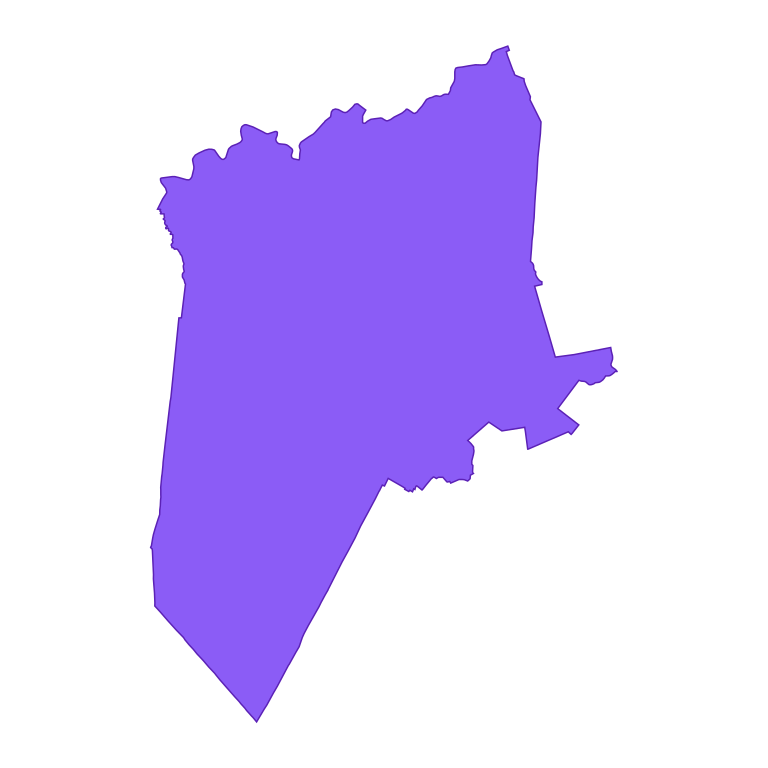 Nga Nam, Sóc Trăng, Vietnam (orthographic projection)
{"feature_id": "81297802B9638596310151", "entity_name": "Nga Nam", "entity_type": "district", "adm_level": 2, "iso_a3": "VNM", "parent_name": "Vietnam", "parent_adm1": "Sóc Trăng", "projection": "orthographic", "projection_center": [105.605, 9.526], "detail": "fine", "context": "isolated", "style": "filled", "palette": "violet", "viewbox_px": 768, "rotation_deg": 0, "n_neighbors": 0, "source": "geoboundaries", "source_scale": "gbopen_adm2", "svg_char_len": 6062}
<svg xmlns="http://www.w3.org/2000/svg" viewBox="0 0 768 768"><path d="M154.8,606.0L160.2,611.9L168.1,621.0L176.6,630.4L183.6,637.6L185.1,640.0L189.0,644.7L193.2,649.2L197.0,653.9L203.3,660.6L209.0,667.3L214.7,673.3L216.3,675.4L220.2,680.2L234.6,696.6L239.1,701.5L240.9,703.8L244.9,708.2L246.6,710.5L251.7,716.2L252.8,717.3L256.6,721.9L264.2,709.1L266.8,705.1L273.4,693.0L277.3,686.3L288.4,665.4L289.2,664.3L295.8,652.4L299.1,646.8L302.3,637.5L304.1,633.5L308.4,625.4L319.0,606.7L321.3,602.0L322.2,600.4L325.1,595.0L328.1,589.8L328.2,589.3L329.8,586.2L342.1,561.9L347.9,551.4L355.1,537.9L360.6,526.1L368.2,512.1L375.4,498.6L379.1,491.1L379.4,490.9L380.5,488.6L382.3,485.1L384.5,486.0L388.2,478.4L402.5,486.6L405.1,488.3L404.7,489.3L408.8,491.5L409.9,490.3L412.5,491.8L413.7,488.8L414.9,489.5L415.5,487.3L416.1,486.1L416.5,485.9L417.3,486.2L422.0,490.0L422.9,489.1L425.7,485.5L431.5,478.5L432.1,478.2L433.3,477.0L434.5,477.3L436.4,478.5L438.3,477.4L438.9,477.3L442.9,477.3L446.8,481.8L447.4,482.0L449.8,481.5L450.7,483.1L459.0,479.5L462.4,479.5L464.3,479.7L467.7,481.0L469.4,479.5L470.1,478.7L470.4,475.2L473.4,473.5L473.1,473.2L472.6,472.1L472.6,470.7L472.9,465.6L472.5,465.0L472.0,464.6L471.8,464.2L471.8,460.9L473.5,454.2L473.9,451.6L473.9,450.1L473.6,449.2L473.6,447.1L473.4,446.6L471.0,443.6L469.4,442.0L467.7,440.5L488.8,422.1L501.9,430.9L524.7,427.3L525.4,431.5L527.7,449.1L528.2,449.1L567.8,432.0L568.3,431.8L571.1,434.4L572.2,433.3L578.8,424.9L565.8,414.9L557.7,408.6L578.9,380.3L581.2,381.1L584.4,381.4L585.6,381.8L588.8,384.5L589.9,384.8L591.6,384.6L593.8,383.8L595.3,382.7L598.3,382.4L599.6,382.1L600.8,381.4L602.8,379.9L604.2,378.2L605.6,376.0L609.1,375.8L610.1,375.5L611.7,374.5L613.6,373.0L615.0,371.7L615.6,371.4L616.4,371.3L617.4,371.9L616.3,370.4L615.2,369.3L612.2,367.2L611.6,366.5L611.0,365.1L611.0,363.9L611.4,362.8L612.5,359.4L612.6,357.9L612.5,355.9L611.3,351.2L610.7,347.5L580.9,353.3L574.1,354.6L555.3,357.1L549.2,336.0L541.7,310.9L534.6,286.2L541.9,284.5L541.9,281.8L540.4,281.2L538.4,279.4L536.9,277.3L535.8,275.1L535.5,273.7L535.8,272.0L534.4,270.4L533.8,268.9L533.6,265.6L533.2,264.3L532.4,263.1L530.5,261.4L531.5,248.8L532.0,240.7L533.0,232.8L533.2,227.0L534.1,217.9L534.8,203.4L535.9,187.5L536.6,180.4L537.9,157.4L540.4,133.7L541.0,121.9L530.0,99.8L530.4,96.7L525.6,85.5L524.2,81.3L524.0,78.8L516.1,75.6L514.6,74.8L513.8,71.9L513.1,70.9L511.9,67.7L507.3,55.2L506.3,51.6L509.3,50.3L507.8,46.1L501.5,48.4L497.2,49.8L493.3,52.1L492.2,53.0L491.4,55.4L490.8,57.8L488.9,61.2L486.9,63.9L485.8,64.6L481.6,65.0L475.4,64.8L468.3,65.9L462.2,67.0L457.7,67.5L455.9,68.1L455.2,69.4L454.8,71.9L454.8,78.5L454.3,81.3L450.7,87.8L450.4,90.6L448.4,94.3L445.1,94.2L443.6,94.6L441.4,96.0L439.8,96.4L437.9,96.0L436.1,95.8L434.3,96.3L431.9,97.4L429.7,97.9L426.5,99.5L422.2,105.9L418.4,110.2L417.1,112.0L414.9,113.4L413.4,113.2L408.4,109.8L407.3,109.2L406.3,109.2L405.5,110.3L402.6,112.7L401.3,113.5L394.1,117.1L390.7,119.5L387.6,120.8L386.3,120.8L383.9,119.5L382.1,118.3L380.7,118.0L375.1,118.7L370.9,119.3L367.5,121.2L365.2,123.2L363.3,123.2L362.6,122.4L362.6,116.1L363.5,114.2L365.8,110.1L359.2,105.1L358.1,104.1L357.0,103.8L354.9,104.3L352.6,107.1L348.7,110.7L346.9,112.1L345.2,112.6L343.2,112.2L338.4,109.6L335.4,109.0L332.8,109.9L331.4,111.9L330.6,116.8L325.2,121.0L324.3,122.3L323.0,123.6L315.1,132.4L313.3,134.1L309.1,136.6L301.4,141.9L300.4,143.1L299.5,145.1L299.3,145.8L299.5,147.4L300.2,149.3L300.4,150.0L299.8,153.8L299.5,158.7L299.2,159.8L298.8,159.9L293.5,158.8L292.1,157.9L291.7,157.3L291.4,155.7L291.5,154.7L292.4,151.9L292.6,150.8L292.4,149.7L291.8,148.7L288.5,146.0L286.8,144.9L285.0,144.4L279.2,143.8L278.1,143.3L277.0,142.3L276.1,140.8L275.8,139.4L276.0,138.4L277.2,135.2L277.4,132.6L277.1,132.0L276.6,131.6L275.2,131.5L268.2,133.8L267.1,133.8L265.7,133.4L262.8,131.8L253.1,127.0L246.6,124.8L245.3,124.7L244.3,124.9L242.9,125.8L241.8,126.8L241.0,128.9L240.7,131.3L241.3,135.3L242.2,138.6L242.3,139.3L242.0,140.2L241.1,141.5L240.0,142.5L236.9,144.1L232.4,145.8L231.3,146.4L229.0,148.5L228.4,149.5L225.8,157.6L224.2,159.0L223.3,159.4L222.1,159.3L220.8,158.5L218.8,156.3L214.7,150.4L214.1,149.9L211.8,149.3L208.8,149.2L205.0,150.2L198.9,153.0L195.3,155.1L193.5,157.5L192.7,159.0L192.6,160.2L193.9,166.7L193.8,168.9L191.9,176.8L190.5,178.9L189.5,179.6L188.5,179.9L186.4,179.7L178.6,177.5L174.8,176.6L172.3,176.6L161.6,178.0L160.8,178.3L160.5,178.7L160.5,180.1L161.3,182.6L165.6,188.2L166.7,191.8L166.7,192.8L162.7,198.9L157.5,209.2L159.3,209.4L159.8,209.2L160.3,209.3L160.6,209.7L160.6,209.9L160.0,210.8L160.0,211.1L160.5,211.6L160.8,211.7L161.1,212.2L161.1,212.5L160.5,213.3L160.4,213.6L160.5,213.8L163.8,213.9L164.1,214.0L164.2,216.2L164.5,217.5L164.4,217.9L163.3,218.9L163.3,219.1L164.8,220.3L165.1,220.8L165.1,221.3L164.9,221.6L164.7,222.4L164.7,223.2L165.2,224.4L165.8,225.1L166.6,225.4L167.0,225.8L167.2,226.2L167.2,226.5L166.2,227.0L165.8,227.4L165.7,227.9L165.8,228.5L166.1,228.8L166.4,228.8L167.7,228.2L168.1,228.2L168.5,228.6L168.5,230.0L168.6,230.6L169.0,231.0L170.6,231.6L171.0,232.1L171.1,232.4L171.1,232.7L170.6,233.4L170.3,233.9L170.4,234.3L172.3,234.4L172.6,234.5L172.8,234.8L172.9,238.2L172.3,239.3L172.2,239.9L172.3,240.6L172.7,241.2L172.8,242.4L172.6,243.0L171.4,244.2L171.2,244.7L171.2,245.3L171.7,246.1L172.0,247.6L173.1,247.7L173.5,247.8L174.3,249.1L174.7,249.2L176.2,249.0L176.9,249.1L177.6,249.5L179.8,252.7L180.5,254.4L181.3,255.2L181.8,256.0L182.2,257.1L182.9,260.9L183.9,263.5L183.9,264.1L183.3,265.8L183.3,266.7L183.7,269.6L184.2,271.1L184.2,271.5L184.0,271.9L183.4,272.5L182.7,273.5L182.4,274.4L182.4,276.9L182.7,277.6L184.1,279.9L184.9,283.2L185.5,284.0L181.4,317.8L178.9,317.9L170.9,397.5L170.2,401.5L164.9,446.3L163.1,462.3L162.9,465.8L162.1,474.0L161.7,476.5L160.7,487.5L160.8,490.1L160.8,494.9L160.9,497.1L160.6,499.7L160.3,505.9L159.8,510.0L159.7,514.5L157.9,519.8L155.0,529.0L153.4,534.6L152.7,538.1L151.5,545.3L151.2,546.3L150.7,547.1L150.6,547.4L151.3,548.3L152.1,548.9L152.4,550.6L153.5,574.6L153.4,578.9L154.5,593.0L154.9,602.8L154.8,606.0Z" fill="#8b5cf6" stroke="#5b21b6" stroke-width="1.5"/></svg>